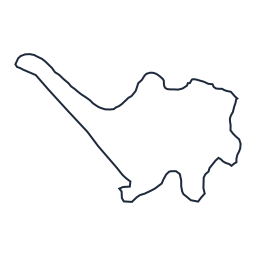 outline of Bilasuvar District, Biləsuvar, Azerbaijan
{"feature_id": "54616110B16304773097912", "entity_name": "Bilasuvar District", "entity_type": "district", "adm_level": 2, "iso_a3": "AZE", "parent_name": "Azerbaijan", "parent_adm1": "Biləsuvar", "projection": "mercator", "projection_center": [48.464, 39.544], "detail": "fine", "context": "isolated", "style": "outline", "palette": "slate", "viewbox_px": 256, "rotation_deg": 0, "n_neighbors": 0, "source": "geoboundaries", "source_scale": "gbopen_adm2", "svg_char_len": 1933}
<svg xmlns="http://www.w3.org/2000/svg" viewBox="0 0 256 256"><path d="M237.3,98.5L235.8,97.2L234.6,96.1L232.9,94.1L231.0,91.9L230.9,91.8L226.2,90.8L223.7,89.8L222.1,88.8L219.4,88.8L216.0,88.5L213.7,86.9L212.5,84.2L208.2,83.8L205.1,82.3L203.5,81.6L200.5,80.8L196.2,79.5L193.0,79.2L191.9,79.6L189.8,83.1L187.9,83.1L187.0,85.6L182.6,88.5L178.2,89.6L173.8,89.4L170.4,89.4L167.3,89.1L165.3,88.0L164.2,86.1L163.9,83.5L163.8,80.8L163.0,79.2L160.4,76.8L157.9,74.9L155.9,73.7L155.6,73.6L153.0,72.8L150.1,72.7L146.4,73.8L144.6,75.6L143.3,77.6L141.9,79.9L139.8,81.8L138.2,83.2L137.2,86.5L137.1,86.8L135.7,90.9L133.9,93.2L131.6,96.0L128.3,97.9L125.3,100.8L121.9,104.0L119.0,106.1L115.8,107.5L113.8,109.1L109.7,109.5L105.0,109.3L100.9,108.0L98.4,106.9L95.7,105.2L93.0,103.3L89.8,100.1L87.1,98.2L84.9,96.7L81.2,94.3L77.3,91.2L74.5,88.8L71.0,86.3L68.6,83.3L63.7,79.2L59.1,74.8L55.0,72.2L52.0,68.0L48.0,64.1L45.2,61.4L41.9,58.8L37.4,56.7L34.2,55.0L29.6,54.1L25.0,54.4L20.5,56.1L18.1,58.4L15.4,64.3L17.0,66.9L20.4,68.2L22.5,69.3L23.0,69.6L35.8,75.1L48.0,89.1L68.7,111.8L87.4,131.8L98.2,146.2L117.0,168.0L120.4,172.3L122.7,175.1L125.9,178.1L130.4,181.5L129.8,186.6L123.1,187.0L119.3,188.6L121.6,191.5L121.9,198.1L123.8,201.4L131.9,201.9L136.5,197.5L139.9,195.1L144.8,193.6L150.5,190.9L154.7,188.7L161.7,183.5L163.3,179.7L166.1,174.6L168.9,171.8L171.0,171.2L176.0,171.2L179.8,174.0L181.2,180.5L181.2,186.3L182.2,191.5L183.4,194.1L186.9,196.9L190.8,200.2L198.1,201.6L201.2,197.5L204.7,193.6L203.4,188.0L203.6,181.9L203.7,177.6L205.4,174.2L208.5,171.6L209.5,168.1L212.1,164.9L215.5,160.6L218.5,157.9L220.8,159.2L223.0,161.4L225.7,162.9L229.3,164.1L231.4,165.8L234.3,163.5L236.4,162.3L236.4,159.1L237.2,155.2L239.1,151.4L240.2,148.4L240.6,143.8L239.2,139.4L236.0,136.6L233.0,133.6L230.5,130.3L230.6,125.1L230.0,121.2L229.9,118.7L230.8,115.7L232.9,112.0L234.1,107.0L235.4,103.2L236.3,99.1L237.3,98.5Z" fill="none" stroke="#1e293b" stroke-width="2"/></svg>